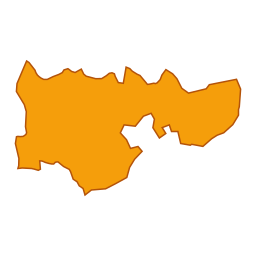 the border of Jelgava, rotated 90°
{"feature_id": "LVA-1084", "entity_name": "Jelgava", "entity_type": "Municipality", "adm_level": 1, "iso_a3": "LVA", "parent_name": "Latvia", "parent_adm1": "", "projection": "mercator", "projection_center": [23.638, 56.61], "detail": "fine", "context": "isolated", "style": "filled", "palette": "amber", "viewbox_px": 256, "rotation_deg": 90, "n_neighbors": 0, "source": "natural_earth", "source_scale": "10m", "svg_char_len": 1598}
<svg xmlns="http://www.w3.org/2000/svg" viewBox="0 0 256 256"><g transform="rotate(90 128 128)"><path d="M91.5,239.6L83.6,239.0L61.0,229.4L62.5,227.0L70.2,221.0L72.5,220.2L75.1,218.6L76.7,216.9L78.2,214.8L79.4,212.3L79.4,208.7L76.6,202.9L74.4,197.1L72.6,193.7L69.9,192.0L68.7,188.1L69.2,187.3L71.5,184.3L71.9,182.8L72.5,180.9L69.1,174.7L74.1,172.3L76.2,169.8L78.7,160.3L78.6,154.3L75.8,149.8L73.3,146.7L72.8,144.0L73.8,141.6L76.4,140.8L82.6,137.7L83.3,132.7L67.1,129.9L68.6,126.2L71.2,123.7L74.2,118.9L75.5,116.0L82.4,110.2L84.4,108.6L84.2,106.8L83.2,102.1L83.6,100.6L82.9,98.9L79.6,95.8L75.1,94.1L69.6,90.1L73.8,83.4L78.7,79.1L88.3,74.2L93.1,67.5L88.8,49.8L84.7,46.7L79.3,19.5L89.1,15.4L106.7,16.7L109.6,17.5L115.2,17.5L124.6,23.2L132.8,32.3L135.2,38.8L138.7,44.3L146.4,53.1L144.3,64.3L145.2,65.7L143.5,75.3L131.5,78.1L131.5,84.5L124.9,86.7L127.6,93.8L133.5,90.2L138.0,96.6L127.7,103.1L119.1,101.6L113.3,104.9L116.2,112.6L126.2,120.7L124.9,131.9L132.9,135.7L139.7,129.5L148.4,125.5L146.5,118.0L151.3,113.9L159.2,121.4L167.4,126.4L177.5,129.2L183.7,140.5L188.8,150.4L190.0,164.6L195.0,171.0L188.5,172.9L185.8,176.8L181.8,178.9L179.2,182.8L171.8,185.4L169.4,186.7L166.5,192.4L163.4,196.2L161.9,198.0L162.0,199.5L162.3,200.7L164.0,202.3L164.0,204.2L163.5,206.9L162.4,210.8L161.5,212.7L161.0,214.2L160.9,216.3L169.2,215.6L170.3,217.7L169.1,221.8L168.5,224.4L168.0,233.8L168.5,238.1L165.7,237.3L158.5,237.1L143.5,240.6L136.7,239.5L136.4,238.2L136.6,235.8L136.4,232.8L134.5,230.1L132.7,229.4L126.7,230.5L111.6,229.7L104.6,231.7L91.5,239.6Z" fill="#f59e0b" stroke="#b45309" stroke-width="1.5"/></g></svg>